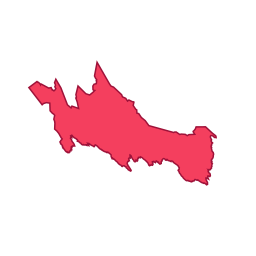 the district of Jondal nor, Hordaland, Norway, rotated 231°
{"feature_id": "86288312B59600167870114", "entity_name": "Jondal nor", "entity_type": "district", "adm_level": 2, "iso_a3": "NOR", "parent_name": "Norway", "parent_adm1": "Hordaland", "projection": "equal_earth", "projection_center": [6.252, 60.244], "detail": "fine", "context": "isolated", "style": "filled", "palette": "rose", "viewbox_px": 256, "rotation_deg": 231, "n_neighbors": 0, "source": "geoboundaries", "source_scale": "gbopen_adm2", "svg_char_len": 5677}
<svg xmlns="http://www.w3.org/2000/svg" viewBox="0 0 256 256"><g transform="rotate(231 128 128)"><path d="M160.0,66.3L158.9,66.3L158.4,66.1L158.4,65.8L158.3,65.7L155.8,66.0L154.8,65.6L154.7,65.2L153.4,65.2L153.4,64.9L152.9,64.8L151.8,65.1L149.3,64.9L148.7,65.1L147.6,65.0L148.1,65.2L147.9,65.3L147.9,65.6L146.9,65.7L147.0,66.1L146.2,66.4L146.4,66.6L146.1,66.8L146.0,67.8L146.5,68.1L146.8,68.7L146.6,68.9L146.7,69.2L146.3,69.5L147.3,70.2L146.7,70.7L147.4,71.0L147.6,71.3L148.3,71.4L149.0,71.9L149.1,72.2L149.1,72.5L148.7,72.7L148.9,72.8L148.8,73.3L149.0,73.5L148.9,73.8L148.2,74.3L147.7,75.1L148.2,75.1L148.2,75.5L149.1,75.8L150.5,76.1L152.9,76.1L154.5,76.8L156.3,76.8L156.8,77.8L156.5,78.0L156.9,78.0L156.8,78.4L157.0,78.8L157.7,78.7L157.6,78.9L157.8,79.1L157.7,79.3L157.9,79.3L157.8,79.8L157.0,79.9L156.3,79.6L156.3,79.8L154.3,80.1L151.8,81.1L151.2,80.9L150.9,81.2L149.5,81.0L149.4,80.9L149.4,80.5L148.1,81.2L146.4,81.4L145.8,81.8L144.9,81.6L144.0,81.8L143.2,82.3L143.1,82.5L143.4,82.5L143.4,82.8L142.5,83.1L142.1,83.6L142.0,84.0L140.6,84.9L141.2,85.1L140.7,85.8L140.7,86.1L140.9,86.4L140.8,86.8L139.8,86.2L139.2,86.4L139.4,86.5L139.7,86.9L139.4,87.0L140.7,87.0L140.4,87.1L140.4,87.3L141.1,87.2L141.3,87.2L140.8,87.6L140.5,87.4L139.2,87.8L139.0,88.0L139.4,88.2L137.5,88.7L136.5,89.3L135.2,89.7L135.3,89.8L134.8,90.4L135.5,91.4L135.3,92.1L133.3,92.7L129.6,93.0L128.3,93.6L127.8,93.6L127.6,93.9L127.1,93.9L126.8,94.0L127.0,94.1L124.6,94.8L123.4,95.7L122.5,95.9L122.5,96.4L121.8,96.7L122.0,97.0L121.8,97.2L118.0,98.0L116.3,96.9L114.0,96.3L113.8,96.6L114.6,96.8L114.6,97.0L113.7,97.1L113.6,96.9L113.7,97.1L113.2,97.1L113.2,97.3L112.1,97.7L110.2,97.8L108.6,98.2L106.1,98.2L104.5,98.6L103.6,99.1L102.0,99.1L101.6,99.5L101.8,100.1L101.1,101.3L99.7,101.5L99.2,102.0L98.2,101.6L96.8,102.0L95.5,101.9L95.2,102.1L94.1,102.3L93.8,102.6L92.8,103.0L93.0,103.7L93.7,103.9L97.3,104.3L97.9,104.1L98.1,104.4L99.0,104.3L99.3,104.6L100.1,104.7L101.1,105.1L102.1,106.7L102.1,106.9L101.9,106.9L101.7,107.6L102.0,108.1L102.4,108.4L102.1,108.6L104.0,109.4L104.0,109.6L103.7,109.9L103.6,110.6L103.4,110.7L104.0,111.0L104.1,111.4L103.9,111.6L104.2,111.9L104.7,111.8L105.0,112.0L104.7,112.0L105.5,112.4L105.5,112.7L104.5,112.9L102.4,112.2L100.4,112.0L99.6,112.2L98.4,111.8L97.7,111.9L97.6,112.2L97.2,112.4L97.1,112.8L98.0,114.0L96.5,114.3L96.6,115.0L97.6,115.6L97.9,116.1L97.8,116.4L98.1,116.6L98.0,117.1L98.2,117.3L98.6,117.6L98.4,118.0L98.0,118.1L98.0,118.4L97.1,118.8L97.3,119.3L97.6,119.6L95.9,120.4L94.3,120.5L92.3,121.1L88.5,121.5L85.7,120.8L85.0,121.1L85.2,121.7L84.8,122.2L84.8,122.6L83.7,123.5L83.8,124.0L84.5,124.2L84.3,124.6L84.7,124.7L85.1,125.4L86.3,125.5L86.5,125.7L85.8,127.1L84.8,127.1L84.5,127.4L83.8,127.6L84.6,129.2L83.0,129.8L82.8,129.5L82.4,129.6L82.5,130.0L82.1,130.1L81.4,129.8L79.8,130.1L79.5,131.5L80.8,132.5L81.0,133.8L81.7,134.2L81.6,134.8L82.0,136.0L81.8,136.5L81.3,136.9L80.5,137.1L79.7,136.9L78.9,137.3L78.7,138.1L79.2,138.2L79.0,138.6L77.5,138.7L76.3,139.6L75.3,140.1L75.1,140.2L75.4,140.4L75.3,140.8L74.3,141.6L73.5,141.9L72.9,141.6L72.1,141.8L67.3,143.2L66.5,142.9L65.0,142.9L64.9,142.6L63.8,141.9L63.8,140.8L63.4,140.2L62.5,140.3L61.6,140.1L61.0,139.7L59.0,139.7L57.3,139.4L55.4,139.7L54.3,139.5L52.7,139.7L50.7,140.1L49.8,140.7L49.6,141.6L48.4,141.9L47.9,142.4L47.6,142.3L47.8,142.5L47.6,142.6L46.5,143.2L46.7,143.5L46.0,144.1L46.2,144.6L45.8,144.9L45.9,145.2L45.3,146.2L45.5,146.4L45.9,147.5L45.5,148.0L44.7,148.2L44.6,148.5L43.8,148.9L43.8,149.6L42.3,149.9L39.3,150.9L37.3,152.1L37.4,152.5L36.9,152.8L35.4,153.2L35.6,153.3L34.9,153.2L34.3,153.4L34.2,154.3L34.9,154.4L34.9,155.0L35.8,155.6L36.9,155.7L38.8,156.2L40.1,157.1L39.8,157.5L37.7,158.4L39.4,158.9L40.5,159.7L40.4,160.1L38.8,161.0L39.0,161.9L40.6,162.9L41.5,163.0L42.5,162.6L44.1,163.1L44.1,163.8L44.6,163.9L44.3,164.0L44.9,164.5L44.8,164.9L43.9,165.5L43.8,165.9L44.2,166.7L44.3,167.7L45.2,168.2L45.4,169.1L46.1,169.4L47.0,170.6L48.2,171.0L48.5,171.1L48.2,171.3L48.8,171.4L48.7,171.6L49.0,172.1L50.2,172.2L50.7,172.7L50.6,173.2L51.0,173.6L51.2,174.8L51.9,176.0L52.9,176.9L53.8,178.1L55.3,178.8L57.2,178.8L60.2,180.3L60.5,180.5L60.5,180.8L60.8,180.7L61.7,181.2L62.0,182.2L62.6,182.5L62.7,183.0L63.3,183.6L63.1,184.2L63.2,184.4L63.6,184.4L63.7,184.2L64.2,184.3L63.9,184.2L64.1,184.1L65.1,184.2L65.7,184.6L65.4,184.9L65.7,184.7L66.2,185.2L66.2,185.5L68.8,186.1L69.7,186.8L69.9,187.3L69.9,187.6L69.2,188.6L67.8,189.1L66.3,189.2L65.6,189.8L65.6,190.3L65.2,190.5L66.3,191.2L67.1,191.2L71.0,190.3L80.1,189.0L86.0,181.6L84.9,179.8L84.4,177.7L84.4,176.5L83.7,176.2L81.1,175.9L84.5,171.2L84.8,169.2L87.0,168.5L89.9,165.4L90.3,164.2L94.6,162.9L95.6,161.5L95.7,160.7L116.7,145.7L122.9,146.0L127.8,145.0L132.4,145.4L134.0,144.3L136.6,146.2L137.7,145.8L142.2,146.2L144.4,148.9L145.1,148.6L145.4,148.1L149.2,146.3L149.2,144.6L152.5,144.9L155.7,143.3L157.9,144.0L168.9,142.5L171.2,141.2L173.6,141.3L198.5,145.3L189.5,134.7L187.1,134.1L185.1,134.0L184.7,133.4L184.7,133.0L184.0,132.9L182.4,131.3L183.4,129.1L182.7,127.1L179.8,124.9L178.6,125.2L178.1,125.7L177.8,123.4L177.8,119.0L181.1,116.8L192.1,115.6L186.7,108.5L184.9,107.6L183.9,106.8L184.1,106.3L180.1,104.9L174.3,101.9L180.3,98.2L179.5,96.4L184.1,95.5L201.4,101.1L211.3,102.6L209.4,99.4L207.8,99.0L206.7,98.4L206.1,97.1L204.0,96.7L203.4,94.6L203.5,93.8L205.3,93.4L205.3,93.1L207.8,93.7L208.9,91.5L216.8,88.2L217.1,87.9L216.6,87.2L218.2,87.4L220.0,87.1L220.2,86.7L221.4,86.5L221.8,76.4L200.1,75.9L200.2,77.7L199.1,80.5L196.5,82.9L190.4,78.3L186.9,78.5L185.6,79.0L184.0,79.0L181.5,75.9L179.4,75.2L177.6,74.1L173.3,70.3L170.5,70.8L167.4,70.8L162.3,69.9L161.0,70.0L160.6,69.0L160.7,68.2L160.3,67.5L160.0,66.3Z" fill="#f43f5e" stroke="#9f1239" stroke-width="1.5"/></g></svg>